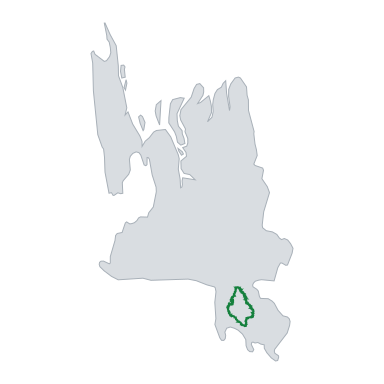 location of Rangpur, Rangpur, Bangladesh, rotated 180°
{"feature_id": "16705992B34260815515495", "entity_name": "Rangpur", "entity_type": "district", "adm_level": 2, "iso_a3": "BGD", "parent_name": "Bangladesh", "parent_adm1": "Rangpur", "projection": "equal_earth", "projection_center": [89.232, 25.633], "detail": "fine", "context": "in_parent", "style": "outline", "palette": "green", "viewbox_px": 384, "rotation_deg": 180, "n_neighbors": 0, "source": "geoboundaries", "source_scale": "gbopen_adm2", "svg_char_len": 8561}
<svg xmlns="http://www.w3.org/2000/svg" viewBox="0 0 384 384"><g transform="rotate(180 192 192)"><path d="M135.6,284.1L135.5,273.5L129.9,252.5L130.2,250.2L129.0,240.0L127.6,234.4L126.8,228.5L130.2,219.9L128.9,218.5L121.3,215.9L120.5,213.7L122.1,205.3L116.7,197.3L114.5,191.4L120.3,172.2L121.8,158.9L121.4,156.3L117.8,153.3L111.6,152.1L107.2,149.6L104.6,145.9L102.4,144.4L99.7,145.5L96.3,144.0L93.4,140.3L91.0,135.7L91.9,130.8L96.5,119.0L98.2,118.7L102.1,121.0L103.6,121.0L106.2,116.3L109.9,103.1L122.5,104.3L125.5,103.8L128.7,102.8L130.4,101.1L131.4,99.0L131.0,97.2L127.2,94.7L125.7,92.9L124.6,87.6L123.5,85.6L115.8,85.3L111.9,82.9L109.7,80.7L105.9,73.6L101.1,68.2L96.6,67.0L94.8,65.3L93.9,62.5L94.4,58.6L96.8,51.0L109.3,34.7L109.7,32.9L109.2,30.8L105.5,28.2L105.3,26.9L106.3,23.5L108.4,23.0L112.7,26.1L117.1,31.2L119.7,35.7L119.8,39.2L123.2,39.9L126.1,41.5L129.0,41.0L130.9,41.9L132.2,41.6L132.7,39.5L130.2,34.4L131.4,32.2L134.3,32.4L136.4,34.3L137.9,38.2L138.2,44.4L141.5,49.9L146.0,53.9L149.5,55.7L153.7,57.0L157.3,55.8L159.1,51.9L158.3,48.4L158.8,45.3L160.2,43.6L162.5,43.7L164.2,46.2L169.1,59.5L168.1,65.4L169.2,81.6L168.0,92.3L168.8,96.3L169.6,97.1L177.0,99.1L187.7,103.3L195.9,104.9L233.0,103.7L241.1,105.8L265.8,104.2L272.5,107.6L279.9,113.2L284.1,117.3L284.8,119.7L284.4,121.7L283.0,122.8L280.5,122.9L274.7,120.2L273.7,121.0L273.7,127.4L269.0,143.5L268.4,148.5L266.8,150.5L261.9,151.5L258.7,161.0L257.4,162.1L254.2,160.1L252.2,160.4L249.6,161.3L247.1,163.4L245.4,166.1L243.5,167.1L236.5,166.9L235.2,171.3L230.7,177.0L227.7,192.2L227.9,196.8L231.8,209.0L234.6,224.7L235.6,226.3L236.9,226.5L237.0,219.3L238.2,218.3L239.9,219.1L243.2,228.9L245.1,231.4L247.9,232.1L251.2,230.6L253.7,227.7L254.6,224.6L253.7,214.0L255.3,209.7L260.8,203.3L261.7,201.3L261.2,190.7L263.3,190.3L266.2,191.2L269.8,188.7L270.9,188.6L272.5,191.3L275.0,190.8L279.0,211.9L279.5,226.8L280.4,235.0L281.8,236.9L286.2,249.3L290.6,293.1L291.3,321.0L293.0,330.5L291.6,332.6L290.3,333.0L289.0,329.7L279.7,322.6L277.5,323.3L274.4,327.4L273.2,331.3L273.7,336.6L274.8,341.9L277.0,344.9L277.2,348.3L279.7,360.9L279.0,361.0L273.9,349.5L267.8,338.3L265.7,318.1L265.5,308.2L261.2,296.5L257.2,276.2L258.9,269.0L256.0,272.1L251.3,259.9L244.1,248.0L242.0,242.7L241.9,237.6L238.8,242.8L234.6,246.4L230.4,251.9L227.6,253.5L218.6,254.5L213.3,247.2L205.8,229.4L204.8,225.3L205.7,214.9L203.9,205.0L203.4,196.2L202.1,197.0L201.6,199.4L201.9,203.1L201.3,206.2L188.8,204.2L194.2,209.4L199.9,210.6L202.9,215.3L203.1,223.0L197.5,227.7L198.0,231.6L201.3,236.4L197.3,237.8L196.2,240.9L196.2,245.4L199.0,252.3L198.5,255.0L203.3,264.0L204.2,268.3L203.0,274.4L192.8,286.8L189.9,295.5L187.4,299.6L184.2,300.4L180.4,296.2L180.3,292.0L181.1,288.6L186.4,280.4L183.5,281.5L175.2,288.3L173.6,282.8L172.6,277.7L172.5,271.5L176.5,262.2L172.0,266.8L170.8,272.6L171.3,279.4L170.7,284.3L169.0,290.6L166.6,294.4L162.6,296.8L160.9,300.6L158.3,303.3L157.4,290.6L154.5,273.4L153.9,277.1L155.4,287.7L155.3,294.6L153.2,300.1L148.9,306.0L145.6,306.9L143.6,306.0L137.5,297.1L136.9,288.7L135.6,284.1ZM211.3,284.4L203.7,286.4L199.8,285.8L207.0,270.3L206.7,263.4L205.6,257.8L201.9,253.3L201.7,250.1L200.0,245.7L199.1,240.5L203.2,238.9L206.5,241.8L207.7,247.7L209.4,252.1L215.2,261.1L215.1,266.6L213.6,280.2L211.3,284.4ZM227.7,279.3L223.0,283.4L224.4,259.0L227.9,268.1L228.8,273.0L227.7,279.3ZM245.4,267.1L243.4,268.9L241.5,267.4L239.0,261.6L240.2,254.4L240.9,253.4L243.9,260.8L245.4,267.1ZM262.9,318.6L260.3,318.9L259.0,317.1L259.6,314.7L258.8,306.8L262.2,306.0L263.5,312.6L262.9,318.6ZM259.9,296.5L257.9,304.3L257.1,300.8L258.5,293.9L259.9,296.5ZM205.2,233.0L206.0,235.6L201.7,232.3L200.6,230.0L202.5,228.8L205.2,233.0Z" fill="#d9dde1" stroke="#a8b0b8" stroke-width="1"/><path d="M145.6,96.6L145.9,96.7L146.0,96.5L147.0,96.7L147.3,96.5L147.6,96.6L148.0,96.6L148.0,96.4L148.3,96.4L148.2,96.3L148.5,96.1L148.4,95.5L148.0,95.8L147.8,95.4L148.2,95.0L148.5,95.0L148.5,94.5L148.2,94.5L148.2,94.2L148.4,93.6L148.3,93.2L148.3,92.8L148.4,92.6L148.9,92.4L148.7,92.1L148.9,91.7L149.1,91.7L149.3,91.4L149.3,91.1L149.3,90.7L149.7,90.5L149.9,90.3L149.8,89.9L150.0,89.8L149.9,89.6L149.8,89.4L150.0,89.5L150.1,89.2L149.8,89.0L150.0,88.6L149.9,88.3L150.4,88.4L150.8,87.1L151.0,87.2L151.5,87.2L151.6,86.9L151.8,86.8L151.9,86.4L152.1,86.5L152.3,85.8L152.6,85.7L152.5,85.0L152.7,84.8L152.6,84.7L152.5,84.3L153.0,84.0L152.7,83.8L152.7,84.0L152.3,83.9L152.3,83.7L152.6,83.6L152.7,83.4L152.4,83.5L152.5,83.3L152.4,82.8L152.3,83.1L152.0,83.2L151.9,82.9L151.6,83.4L151.5,83.1L151.3,82.9L151.0,83.2L150.9,83.1L151.0,82.8L151.0,83.0L151.3,82.6L151.1,82.6L151.0,82.3L151.4,82.2L151.0,82.1L151.1,81.0L151.4,80.7L151.4,79.9L152.2,80.0L152.3,79.7L152.4,79.8L152.4,80.1L152.7,80.2L152.9,79.8L153.2,79.8L153.2,79.7L153.3,79.7L153.5,79.6L153.6,79.4L153.8,79.4L154.0,79.4L153.9,79.7L154.5,80.2L154.6,80.6L154.9,80.6L154.9,80.4L155.1,80.1L154.7,79.8L154.6,79.3L154.9,78.4L155.0,78.4L155.2,78.7L155.3,78.6L155.0,78.0L155.1,77.9L155.3,78.1L155.5,78.2L156.1,77.9L156.0,77.6L156.1,77.3L156.7,76.4L156.5,76.1L156.5,76.4L156.3,76.3L155.9,76.7L156.0,75.8L155.9,75.8L155.7,75.8L156.0,74.4L155.8,74.2L155.7,73.5L155.8,73.0L155.5,72.4L155.0,72.7L154.8,72.7L154.5,71.8L155.0,71.7L155.1,70.8L154.8,70.5L154.6,70.5L154.5,70.3L154.3,70.4L154.2,70.0L154.2,69.8L153.8,69.0L153.8,68.8L153.7,68.8L153.5,68.5L153.3,68.6L153.3,68.4L153.2,68.6L153.0,68.4L152.8,68.6L152.8,68.4L152.1,68.3L152.1,67.9L151.6,68.1L151.2,67.9L150.2,67.8L149.5,67.1L149.5,66.6L149.4,66.6L149.1,66.7L148.8,66.4L148.5,66.4L148.6,66.2L148.3,65.8L148.1,65.8L148.0,65.5L148.0,64.7L147.7,64.4L147.2,64.3L147.0,63.9L146.7,63.8L146.6,63.5L146.1,63.0L146.0,62.5L146.1,62.4L145.8,62.4L145.7,62.1L145.4,62.1L145.3,62.3L144.9,62.4L144.7,62.0L144.4,62.0L144.2,61.8L143.6,61.6L143.1,60.9L143.1,60.5L142.9,60.7L142.6,60.3L142.6,59.9L142.3,59.6L142.2,59.2L141.8,59.4L141.3,58.8L141.1,58.8L140.2,58.8L139.6,58.1L139.3,58.2L139.2,58.1L138.9,58.4L138.6,58.0L138.3,58.0L138.1,58.1L138.2,58.5L137.9,59.3L137.9,59.6L137.6,59.8L137.8,60.0L137.9,59.8L138.0,59.9L137.8,60.2L137.8,60.3L138.0,60.5L137.8,60.9L138.0,61.1L137.7,61.6L137.8,62.0L137.9,61.9L138.0,62.1L138.3,62.6L138.5,62.7L138.5,62.9L137.9,63.3L138.0,63.7L137.6,64.1L137.8,64.7L137.3,65.0L137.3,65.8L137.4,66.0L137.1,66.1L137.0,65.8L136.2,65.7L136.1,65.8L135.9,65.8L135.9,66.0L135.6,66.4L135.6,66.6L135.3,66.9L135.4,66.7L135.1,66.7L134.9,66.6L134.1,66.7L133.8,66.8L133.6,66.8L133.3,67.0L133.1,66.8L132.9,67.2L132.3,67.2L132.0,66.9L131.6,66.9L131.5,67.1L131.2,67.1L131.0,67.3L131.0,67.5L131.4,67.5L131.5,67.5L131.6,67.9L131.8,68.1L131.5,68.3L131.8,68.4L131.8,68.6L131.6,68.8L131.3,68.9L131.2,69.2L131.1,69.5L130.9,69.8L131.1,69.9L131.0,70.1L131.1,70.4L131.3,70.4L131.5,70.5L131.5,71.0L131.4,71.0L131.5,71.1L131.3,71.1L131.2,71.2L131.3,71.0L131.1,71.0L130.9,71.5L131.1,71.7L131.1,71.9L130.5,72.2L130.5,72.6L130.5,72.8L131.0,74.0L130.8,74.1L130.9,74.4L131.3,74.5L131.5,74.7L131.7,74.4L131.9,74.4L132.1,75.1L132.5,75.2L132.3,75.7L132.4,75.9L132.7,75.9L133.1,75.7L133.4,75.9L133.4,76.1L133.5,76.1L133.4,76.2L133.5,76.2L133.5,76.4L133.2,76.5L133.1,76.8L133.4,76.9L133.4,77.2L133.6,77.3L133.4,77.5L133.4,77.8L133.6,78.0L133.4,78.1L133.6,78.2L133.9,78.2L134.0,78.3L133.9,78.4L134.1,78.5L134.2,79.1L134.5,79.1L134.7,78.9L134.9,79.1L135.1,79.0L135.4,79.4L135.5,79.7L135.4,80.0L135.6,80.3L135.7,80.0L135.9,80.1L135.9,79.9L136.0,80.0L136.1,79.9L136.8,80.2L136.8,80.6L137.0,80.5L137.7,81.1L137.9,81.0L138.0,81.3L137.5,82.4L137.8,82.5L137.8,82.9L138.0,83.1L137.9,83.4L138.0,83.9L138.0,84.1L138.3,84.2L138.0,84.3L138.1,84.5L138.2,84.4L138.4,84.7L138.1,84.6L138.3,84.7L138.3,84.9L138.1,85.0L137.9,85.4L138.0,85.6L137.9,85.6L138.2,85.8L138.0,86.0L138.3,86.1L138.0,86.5L138.4,86.8L138.5,87.3L138.6,87.2L138.7,86.9L138.8,86.9L138.7,87.3L138.9,87.3L139.1,87.5L138.8,87.5L138.5,87.6L138.7,87.8L138.8,88.0L138.9,87.8L139.1,88.2L139.4,88.1L139.2,88.5L139.4,88.5L139.5,88.7L139.9,88.9L140.0,89.4L139.9,89.9L140.0,90.1L139.8,90.2L139.5,90.0L139.4,90.1L139.9,90.4L140.1,90.3L140.3,90.6L140.1,90.5L140.4,90.7L140.5,90.5L140.6,90.9L140.9,90.5L141.1,90.8L141.1,91.0L141.4,91.1L141.6,91.6L141.8,91.4L142.2,91.5L142.1,91.2L142.4,91.3L142.4,91.6L142.8,92.0L142.6,92.7L142.4,92.7L142.6,92.9L143.2,92.9L143.3,93.0L143.1,93.3L143.5,93.1L143.4,92.8L143.6,92.8L143.8,93.3L143.5,93.4L143.6,93.6L143.8,93.8L144.1,93.6L143.6,94.0L143.8,94.2L143.8,94.3L143.4,94.1L143.5,93.9L143.1,94.8L143.3,94.9L143.5,94.4L143.7,94.7L144.1,94.7L144.1,94.9L143.7,95.1L143.8,95.5L144.5,95.8L144.8,95.3L145.0,95.6L144.8,95.6L144.6,96.0L145.0,95.9L145.2,96.3L145.7,96.5L145.6,96.6Z" fill="none" stroke="#15803d" stroke-width="2"/></g></svg>